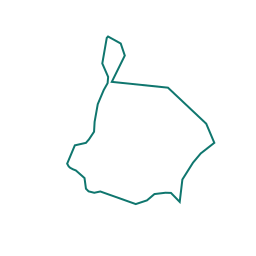 an SVG outline of Dravograd, rotated 61°
{"feature_id": "SVN-947", "entity_name": "Dravograd", "entity_type": "Municipality", "adm_level": 1, "iso_a3": "SVN", "parent_name": "Slovenia", "parent_adm1": "", "projection": "orthographic", "projection_center": [15.031, 46.594], "detail": "fine", "context": "isolated", "style": "outline", "palette": "teal", "viewbox_px": 256, "rotation_deg": 61, "n_neighbors": 0, "source": "natural_earth", "source_scale": "10m", "svg_char_len": 603}
<svg xmlns="http://www.w3.org/2000/svg" viewBox="0 0 256 256"><g transform="rotate(61 128 128)"><path d="M162.2,57.5L182.8,59.7L185.5,76.7L189.8,87.9L199.4,105.4L217.7,118.6L205.6,121.9L202.8,126.6L198.6,136.9L200.5,146.5L198.3,158.1L170.1,183.0L168.3,188.9L164.3,193.2L160.7,194.2L150.7,190.3L139.8,194.2L137.5,196.1L134.7,197.9L132.8,198.5L129.7,198.5L117.4,182.9L120.6,172.0L119.0,167.6L114.8,159.5L106.4,154.2L92.5,142.9L83.0,130.8L78.9,124.1L73.7,120.6L59.1,119.2L38.9,102.9L38.3,101.1L50.6,93.4L63.1,95.7L79.8,119.8L112.1,73.5L162.2,57.5Z" fill="none" stroke="#0f766e" stroke-width="2"/></g></svg>